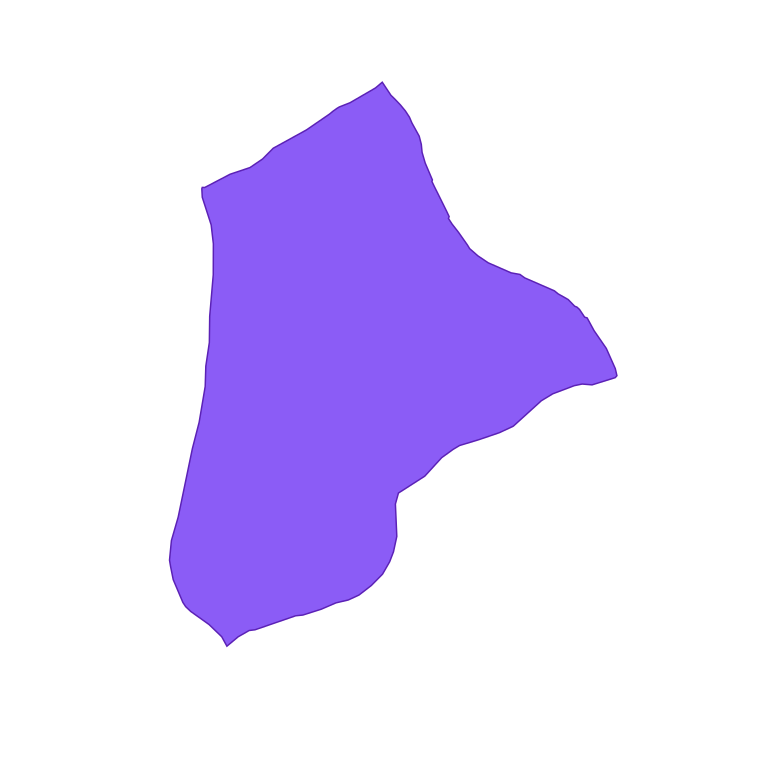 San Sebastián Coatán, Huehuetenango, Guatemala (Robinson projection), rotated 284°
{"feature_id": "79465075B42561724893677", "entity_name": "San Sebastián Coatán", "entity_type": "district", "adm_level": 2, "iso_a3": "GTM", "parent_name": "Guatemala", "parent_adm1": "Huehuetenango", "projection": "robinson", "projection_center": [-91.574, 15.801], "detail": "fine", "context": "isolated", "style": "filled", "palette": "violet", "viewbox_px": 768, "rotation_deg": 284, "n_neighbors": 0, "source": "geoboundaries", "source_scale": "gbopen_adm2", "svg_char_len": 1428}
<svg xmlns="http://www.w3.org/2000/svg" viewBox="0 0 768 768"><g transform="rotate(284 384 384)"><path d="M91.6,295.0L103.5,303.7L112.2,312.8L114.3,318.3L137.7,354.3L140.2,361.2L150.3,377.6L160.0,390.3L165.8,401.6L173.2,410.8L185.5,420.5L199.2,428.6L212.9,432.5L223.5,433.8L239.2,433.3L270.3,424.1L281.7,424.4L304.5,445.9L326.5,457.8L337.3,466.9L342.6,472.2L352.8,489.3L364.8,507.9L374.4,519.7L405.8,540.7L415.3,550.1L428.4,569.0L431.9,576.3L433.5,586.1L446.1,606.8L448.4,608.0L454.9,604.7L472.3,591.1L486.6,574.9L497.3,565.1L497.4,562.5L503.6,555.7L505.3,552.6L505.6,550.2L510.5,542.3L513.6,531.1L515.6,526.9L521.0,494.9L523.2,489.4L522.6,480.4L526.8,455.8L531.1,444.0L536.1,434.3L539.0,431.4L549.2,419.6L555.7,411.3L560.2,406.5L562.2,406.7L566.5,403.2L581.8,390.2L587.5,385.3L592.1,381.5L593.7,381.6L608.4,370.5L618.0,364.9L625.6,362.2L633.0,358.2L644.1,347.9L649.1,344.1L654.1,338.7L658.7,332.5L661.5,328.1L663.2,325.4L665.8,320.9L676.4,309.3L669.2,304.1L648.7,283.0L642.0,273.6L640.1,271.7L636.1,268.3L632.7,265.8L611.7,247.2L586.0,219.5L572.9,211.7L561.6,201.6L550.3,183.9L531.3,162.5L530.8,160.1L529.4,160.0L521.2,162.5L496.6,177.8L478.8,184.5L448.7,191.9L407.5,198.5L382.0,204.5L358.2,206.8L338.4,211.1L302.1,213.9L275.1,213.7L205.1,216.5L180.7,215.6L161.2,218.5L155.0,221.2L143.2,226.8L123.4,241.7L120.0,245.4L116.5,251.6L108.3,272.4L99.5,287.7L91.6,295.0Z" fill="#8b5cf6" stroke="#5b21b6" stroke-width="1.5"/></g></svg>